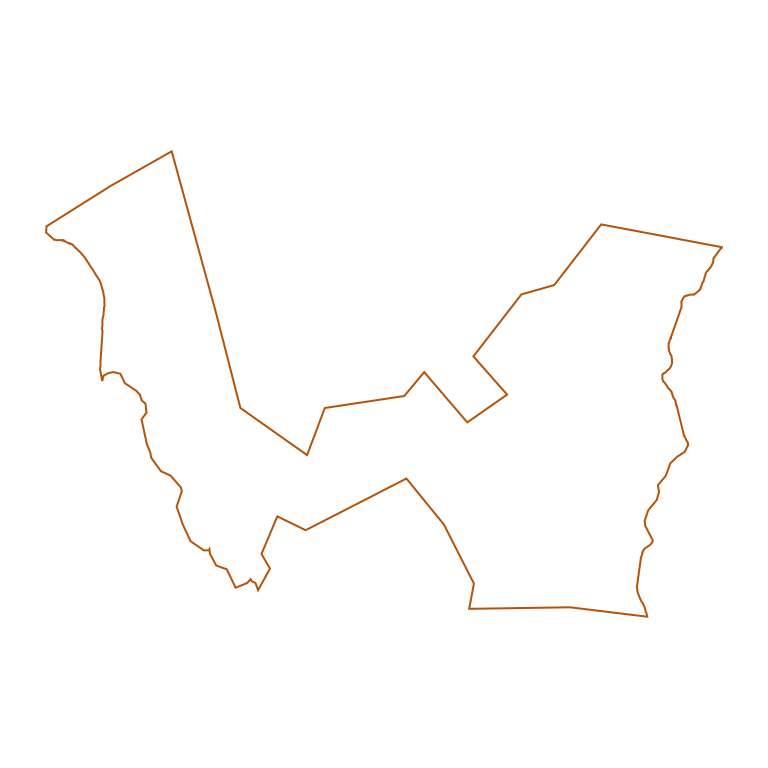 Chinhoyi, Mashonaland West, Zimbabwe (Natural Earth projection)
{"feature_id": "62879985B33346343467018", "entity_name": "Chinhoyi", "entity_type": "district", "adm_level": 2, "iso_a3": "ZWE", "parent_name": "Zimbabwe", "parent_adm1": "Mashonaland West", "projection": "natural_earth1", "projection_center": [30.145, -17.351], "detail": "fine", "context": "isolated", "style": "outline", "palette": "amber", "viewbox_px": 768, "rotation_deg": 0, "n_neighbors": 0, "source": "geoboundaries", "source_scale": "gbopen_adm2", "svg_char_len": 4306}
<svg xmlns="http://www.w3.org/2000/svg" viewBox="0 0 768 768"><path d="M721.9,247.2L601.2,224.4L554.2,285.1L521.4,294.4L473.4,356.4L507.1,394.6L467.3,422.4L449.1,401.2L424.2,372.1L404.3,396.0L324.8,408.0L307.1,455.1L240.4,408.0L215.0,309.0L214.9,308.7L186.9,206.8L171.7,151.3L110.5,186.0L46.5,226.3L46.1,232.6L54.4,239.9L55.1,239.7L55.5,239.7L56.7,240.2L62.6,240.1L63.0,240.1L63.0,240.6L63.4,240.6L63.9,240.6L64.3,240.6L64.3,241.1L64.7,241.1L65.1,241.5L69.0,243.4L69.4,243.4L70.2,243.4L70.2,243.9L72.4,244.4L72.8,244.9L73.6,245.8L74.5,246.8L75.3,247.7L76.6,248.7L77.9,250.1L79.6,251.5L81.3,253.4L82.6,254.9L83.4,255.8L84.3,256.8L85.1,258.2L86.0,259.2L86.4,260.1L86.8,260.6L87.3,261.5L88.1,262.5L89.0,263.9L89.8,265.4L91.1,267.3L92.8,269.7L94.5,272.5L96.2,275.4L97.5,277.3L98.8,279.2L100.1,281.6L100.9,284.0L101.4,285.9L101.8,286.9L102.2,288.8L102.7,289.7L103.1,291.6L103.5,293.1L103.5,294.5L104.0,296.4L104.4,298.3L104.4,300.3L104.4,304.1L104.5,306.0L104.0,307.9L104.0,309.9L103.6,311.8L103.6,314.7L103.2,316.1L102.8,318.0L102.4,319.5L102.4,321.8L102.4,326.2L102.0,328.1L102.0,329.5L102.5,330.5L102.5,331.0L102.5,331.9L102.5,332.4L100.5,361.1L100.5,362.6L100.5,363.5L100.5,364.5L100.5,365.9L100.5,366.4L100.1,367.4L100.1,368.3L100.1,368.8L100.1,369.3L102.2,381.1L103.5,375.8L108.2,373.1L113.2,372.1L120.3,373.7L124.9,383.2L136.3,390.8L139.9,394.7L141.7,400.4L145.4,403.6L145.5,404.0L146.5,412.7L141.5,419.3L147.0,444.7L150.3,452.4L151.2,457.7L160.9,471.2L170.5,475.6L180.9,487.4L181.8,491.3L176.6,506.6L182.7,524.3L190.6,541.3L203.8,550.3L208.8,550.4L209.4,549.3L210.0,553.9L216.3,565.6L226.8,569.3L235.6,587.7L247.2,583.0L250.6,579.2L251.8,581.3L255.5,583.1L258.1,590.2L270.0,568.6L261.5,554.0L277.3,516.4L305.6,530.2L405.7,478.9L406.4,478.5L443.9,524.5L473.9,583.6L469.2,608.8L484.0,608.6L570.1,607.3L647.2,616.7L646.8,614.8L646.4,612.9L645.5,611.0L645.1,609.0L644.6,607.1L643.8,605.7L643.4,604.7L642.9,603.3L642.1,602.4L641.2,600.9L639.5,597.1L638.6,594.7L637.8,592.8L637.3,590.9L637.3,589.0L636.9,587.0L641.0,557.3L641.8,555.4L642.2,553.4L642.6,552.5L642.6,551.5L643.0,551.0L643.5,550.6L643.5,550.1L643.9,549.6L644.3,549.1L645.2,548.1L646.8,547.2L649.0,545.7L651.1,543.8L652.3,542.3L652.7,540.9L652.7,540.3L645.2,525.7L644.8,521.9L644.7,520.8L648.2,510.3L656.8,499.9L659.0,491.9L657.9,485.2L665.8,475.8L668.7,467.8L670.3,463.3L677.2,456.7L684.7,451.9L687.8,445.7L688.2,445.2L688.2,444.7L688.2,444.2L687.8,443.8L687.8,442.3L686.9,441.4L685.6,438.5L684.8,437.1L684.4,436.6L684.3,435.6L683.9,435.2L683.5,433.7L683.5,433.3L676.5,405.1L676.1,405.1L676.1,404.6L675.7,403.1L675.7,401.7L675.2,400.3L673.5,397.9L673.5,397.4L673.1,396.9L672.7,396.0L672.7,395.5L672.2,394.5L672.2,393.6L671.8,393.1L671.8,392.1L670.9,391.2L670.6,390.6L670.1,389.8L668.4,388.3L667.5,387.4L667.1,385.9L666.7,385.5L665.8,384.5L665.4,383.6L665.0,383.1L664.5,382.6L663.7,382.1L663.7,381.7L663.3,381.2L662.4,379.3L662.4,378.8L662.4,378.3L662.4,377.4L662.4,376.4L662.4,375.4L662.4,375.0L662.4,374.5L662.8,374.0L663.6,373.5L664.1,373.0L664.5,373.0L664.9,373.0L668.3,369.6L669.1,369.1L669.5,368.7L670.0,367.7L670.8,366.7L671.2,365.8L671.6,364.3L672.1,363.4L672.0,362.4L672.0,361.0L672.0,360.0L672.0,359.1L671.6,358.1L671.6,357.6L671.6,356.7L671.2,355.2L670.3,354.3L669.9,352.8L669.0,350.9L669.0,349.0L668.6,348.1L668.6,347.1L668.6,346.1L668.6,345.7L668.6,344.7L668.5,343.7L669.0,342.8L669.4,341.3L669.8,340.4L670.2,339.4L670.6,338.4L670.6,338.0L671.1,338.0L671.1,337.0L671.0,336.5L671.5,335.6L681.5,307.2L681.5,304.3L681.5,303.4L681.4,302.4L681.4,301.4L682.3,300.0L682.7,299.0L683.1,298.1L684.0,297.1L684.4,296.6L684.8,296.1L685.6,296.1L686.5,295.6L687.3,295.6L687.8,295.2L688.6,295.2L689.5,294.7L690.7,294.7L691.6,294.6L693.3,294.6L693.7,294.6L694.1,294.6L694.1,294.2L694.5,294.1L695.0,293.7L695.8,293.2L697.1,292.2L698.3,291.2L699.2,290.3L700.0,289.8L700.4,288.8L700.4,288.3L700.9,287.9L700.9,286.9L701.3,285.9L701.7,285.0L702.1,283.5L702.5,282.6L703.4,281.6L703.8,280.2L704.2,278.7L704.6,277.3L705.0,276.3L705.4,275.4L705.4,273.9L706.3,272.5L706.7,271.5L708.0,270.5L708.8,269.1L710.1,268.1L710.5,267.2L711.3,266.2L711.7,265.2L712.2,264.3L712.6,263.3L713.0,262.8L713.0,261.9L713.4,260.9L713.4,260.4L713.4,259.5L713.4,258.5L720.5,248.9L721.0,247.9L721.4,247.9L721.8,247.9L721.9,247.2Z" fill="none" stroke="#b45309" stroke-width="2"/></svg>